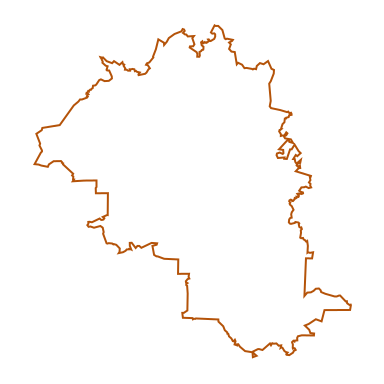 Vestienas pag., Madona, Latvia (Mercator projection), rotated 89°
{"feature_id": "27541924B49336573653251", "entity_name": "Vestienas pag.", "entity_type": "district", "adm_level": 2, "iso_a3": "LVA", "parent_name": "Latvia", "parent_adm1": "Madona", "projection": "mercator", "projection_center": [25.839, 56.863], "detail": "fine", "context": "isolated", "style": "outline", "palette": "amber", "viewbox_px": 384, "rotation_deg": 89, "n_neighbors": 0, "source": "geoboundaries", "source_scale": "gbopen_adm2", "svg_char_len": 5835}
<svg xmlns="http://www.w3.org/2000/svg" viewBox="0 0 384 384"><g transform="rotate(89 192 192)"><path d="M161.4,348.9L161.9,344.8L162.9,342.3L164.3,335.7L161.9,334.6L158.8,329.8L158.8,322.4L159.8,321.5L160.5,321.6L161.1,320.3L162.1,320.5L171.7,310.5L173.4,311.6L174.4,310.4L177.2,310.7L177.4,309.8L179.2,311.0L178.7,299.5L178.8,287.3L185.3,287.4L186.4,288.2L191.6,288.1L191.7,276.1L213.6,276.7L213.5,277.2L215.4,281.6L216.7,280.1L218.0,281.0L218.4,282.6L218.2,283.5L216.9,284.8L220.5,292.6L220.0,294.9L220.1,296.2L221.8,296.1L223.3,297.2L225.0,296.0L224.7,294.2L226.0,290.6L224.4,284.2L226.1,281.9L230.5,281.0L232.2,281.6L241.8,278.3L242.1,277.4L241.7,276.2L242.1,272.7L243.0,271.6L242.7,271.1L243.5,268.6L247.2,265.2L250.6,265.5L251.8,266.3L251.0,262.0L249.6,259.4L248.3,258.3L248.3,256.7L247.8,256.1L248.2,255.3L247.8,255.0L248.4,253.8L244.8,255.1L241.8,255.1L241.7,253.2L247.0,249.3L245.0,247.5L245.0,245.7L246.9,243.6L242.2,233.3L242.7,227.8L244.1,228.3L245.2,232.5L254.2,231.0L255.7,228.7L255.8,227.4L258.3,221.0L259.2,206.9L273.6,207.4L273.7,196.4L276.9,196.9L278.5,196.2L279.0,197.9L281.1,199.7L282.1,199.6L283.0,198.2L283.8,199.4L285.1,199.3L285.7,198.5L293.4,198.1L310.4,198.7L312.7,202.3L312.7,203.8L317.6,203.3L318.1,193.7L319.3,193.3L318.8,192.4L318.9,190.9L318.5,190.4L319.9,167.9L322.1,167.8L326.8,163.1L330.8,161.6L333.0,159.2L334.3,159.1L334.5,158.2L337.0,157.5L339.1,155.2L341.8,153.8L342.0,153.0L340.5,151.7L342.0,151.1L345.2,152.1L346.1,149.7L345.1,149.7L345.0,148.4L347.5,146.8L352.0,141.7L353.3,134.3L358.2,134.0L356.9,130.3L354.2,133.3L352.5,133.6L350.3,129.0L350.2,127.8L351.2,124.3L344.8,116.7L346.6,115.7L344.6,114.4L345.1,113.0L344.9,110.2L347.2,108.0L346.9,105.5L349.4,106.1L348.9,105.3L349.3,104.3L352.6,102.4L353.6,101.0L354.2,99.2L355.8,100.6L356.4,100.3L356.8,97.6L354.4,93.8L352.6,92.9L351.7,91.1L350.1,92.0L349.7,93.4L350.2,93.8L349.7,94.0L346.2,93.8L343.9,94.6L342.5,93.2L343.3,92.1L342.4,91.8L342.2,89.3L339.7,89.4L338.1,88.6L337.2,84.7L337.6,72.6L335.6,72.4L335.1,76.1L331.8,77.2L327.5,81.5L326.0,77.6L321.4,70.4L323.6,64.7L312.4,61.6L312.7,36.0L307.9,35.1L307.4,35.3L307.8,36.3L306.0,38.8L303.9,39.1L304.1,40.2L298.1,45.7L298.1,46.8L299.0,49.2L298.9,51.3L296.1,60.5L294.3,64.6L292.5,65.1L290.7,66.8L290.9,69.9L293.0,72.2L294.4,74.9L294.6,78.5L297.9,81.4L260.3,79.2L260.5,73.1L254.4,72.0L254.9,75.1L254.3,77.0L254.7,77.6L247.9,77.1L243.6,77.6L244.0,77.9L243.3,78.2L243.3,79.1L242.5,79.3L241.3,81.3L239.9,81.8L240.1,83.7L239.5,84.6L234.7,83.7L232.2,83.9L231.0,82.8L229.4,83.3L229.7,83.9L228.8,85.3L226.4,85.8L225.3,85.3L224.4,86.1L223.8,89.2L224.7,89.7L225.6,93.6L225.2,94.8L224.0,95.7L221.1,95.3L219.7,94.2L219.4,92.8L216.0,93.2L214.0,92.6L211.6,90.8L207.9,92.5L206.5,94.1L205.4,94.6L204.4,93.9L202.9,95.0L202.1,94.7L201.4,93.6L201.6,92.6L202.7,92.1L202.8,91.2L201.3,89.8L199.9,89.4L200.3,88.6L199.7,87.6L198.5,87.7L198.8,85.7L197.8,85.2L195.7,86.7L195.3,85.0L195.8,84.1L195.5,83.0L195.9,82.4L195.3,81.0L194.4,81.1L193.6,83.4L192.6,84.8L189.3,82.5L189.2,79.8L188.6,78.1L190.1,75.3L189.5,72.8L187.7,73.7L185.9,73.4L184.5,74.9L182.2,73.4L179.0,73.9L178.9,73.1L178.0,72.8L173.1,87.9L170.1,85.0L169.9,83.4L167.3,83.7L168.5,85.6L167.3,86.9L165.0,85.4L164.8,83.3L161.7,82.6L165.5,87.0L163.7,88.2L160.9,88.7L160.8,90.2L156.8,87.6L158.0,86.1L155.0,82.7L153.0,84.7L146.4,88.6L151.1,91.6L151.1,93.2L160.6,96.6L160.4,99.2L159.1,98.9L159.5,105.5L156.7,106.8L155.0,106.4L154.1,103.6L155.5,100.6L154.8,99.9L151.5,100.1L150.8,104.2L142.5,96.3L141.5,94.4L143.6,93.8L144.7,90.2L141.1,92.2L140.0,98.0L138.7,98.8L138.1,99.0L136.9,96.8L135.0,95.6L134.0,96.7L137.5,98.9L137.0,100.0L137.5,102.2L135.8,102.1L132.9,103.8L131.5,103.3L131.5,102.7L130.4,101.3L130.2,101.8L125.7,100.3L123.9,98.4L120.2,97.9L120.1,96.7L119.4,96.6L118.8,94.1L117.0,93.5L116.6,91.1L115.7,91.1L114.5,91.6L114.9,93.2L113.3,94.4L113.8,95.5L111.6,102.4L109.5,111.5L107.7,112.8L102.3,111.7L85.0,112.9L82.6,111.3L75.0,108.2L71.4,107.9L70.2,110.4L62.4,113.7L65.5,118.2L64.3,121.8L67.1,125.0L70.3,125.8L69.8,127.8L70.5,129.0L70.0,129.8L68.9,135.3L69.1,137.4L65.6,139.7L63.6,143.7L65.1,145.0L52.8,146.8L52.3,150.1L49.6,152.4L45.1,150.6L43.2,152.3L41.6,149.2L40.6,148.5L39.3,154.4L39.8,155.5L39.1,156.6L30.6,158.8L26.4,162.9L26.4,165.6L25.8,166.5L32.8,170.3L34.0,169.0L33.8,166.9L34.7,166.1L37.0,166.1L39.3,167.1L41.4,170.7L41.3,171.4L39.7,172.6L39.8,173.3L41.4,172.4L43.0,174.7L42.5,175.3L43.0,175.7L42.9,176.4L42.4,177.0L43.5,177.9L43.5,178.7L41.6,179.1L42.5,180.3L45.5,179.7L46.9,178.0L49.2,178.1L49.9,178.3L50.3,179.8L51.2,180.3L52.2,182.1L55.7,181.8L56.9,182.3L56.8,184.4L54.0,184.2L52.2,185.0L47.5,191.8L46.4,191.5L46.3,188.3L44.4,187.0L38.2,189.0L36.1,187.4L36.4,193.5L34.5,194.9L34.3,196.3L32.8,198.2L30.8,196.5L29.4,197.1L28.9,198.5L31.2,199.8L33.7,206.7L37.7,212.5L41.4,214.6L44.5,217.3L42.2,217.5L38.8,223.0L48.6,225.6L56.0,228.6L56.8,228.3L61.7,232.4L62.6,234.9L64.0,235.7L64.4,234.0L67.6,232.0L68.6,233.4L71.8,235.4L73.0,236.8L74.2,243.3L73.4,243.5L71.6,242.1L70.8,245.1L69.9,246.0L70.2,247.0L68.3,247.5L67.9,249.6L68.3,250.5L68.2,252.1L69.6,251.9L69.6,253.8L68.6,255.2L68.5,256.9L67.2,256.6L64.6,258.2L63.5,257.5L62.7,258.9L61.0,259.3L63.6,262.3L59.8,267.7L61.8,269.6L59.7,275.0L56.0,278.6L56.3,278.9L55.6,281.2L56.3,280.9L56.5,279.4L57.9,280.0L60.0,279.0L61.2,279.3L64.2,276.1L64.8,274.2L68.4,275.3L69.0,274.7L69.1,272.7L75.0,270.2L77.1,270.1L79.4,273.2L79.6,277.5L77.8,281.1L78.5,282.8L83.0,285.9L83.7,286.9L84.0,289.1L86.5,289.5L87.1,290.7L88.0,291.2L88.0,292.2L88.9,292.9L89.0,293.6L89.6,293.5L89.4,294.1L90.8,294.6L90.9,295.6L91.9,295.9L92.1,294.2L92.4,294.0L92.5,294.9L93.0,294.6L94.3,295.4L94.8,294.6L95.8,295.3L97.6,300.5L97.5,302.3L99.6,304.0L103.4,308.7L122.8,323.1L125.3,340.5L127.6,341.2L131.1,346.6L141.0,343.0L142.8,343.7L147.8,341.3L148.9,341.3L150.1,342.5L161.4,348.9Z" fill="none" stroke="#b45309" stroke-width="2"/></g></svg>